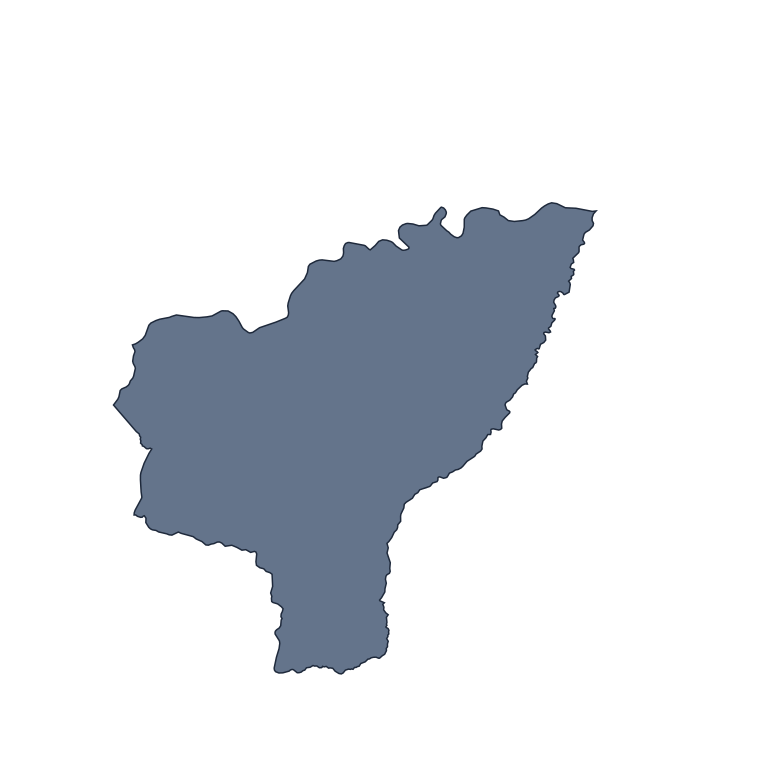 Marsella, Risaralda, Colombia (Albers equal-area conic projection), rotated 48°
{"feature_id": "7082276B48757885087630", "entity_name": "Marsella", "entity_type": "district", "adm_level": 2, "iso_a3": "COL", "parent_name": "Colombia", "parent_adm1": "Risaralda", "projection": "albers", "projection_center": [-75.739, 4.958], "detail": "fine", "context": "isolated", "style": "filled", "palette": "slate", "viewbox_px": 768, "rotation_deg": 48, "n_neighbors": 0, "source": "geoboundaries", "source_scale": "gbopen_adm2", "svg_char_len": 6170}
<svg xmlns="http://www.w3.org/2000/svg" viewBox="0 0 768 768"><g transform="rotate(48 384 384)"><path d="M190.9,498.9L185.8,507.3L184.2,511.1L182.7,516.5L183.0,519.4L188.1,528.9L189.0,533.2L188.5,538.8L187.9,541.8L186.6,544.8L189.4,546.0L191.6,546.4L193.3,547.4L195.5,551.4L198.9,555.5L201.0,556.6L204.5,557.5L206.0,558.3L210.6,564.8L211.5,566.7L212.0,570.5L213.5,573.2L213.9,574.9L213.7,577.6L212.2,582.1L212.3,584.4L216.1,589.5L217.2,592.0L218.6,599.1L253.6,599.9L257.3,599.3L259.0,600.3L260.7,600.4L262.0,602.1L263.5,602.7L265.1,604.5L267.2,604.3L268.3,605.0L269.8,604.2L273.1,603.8L274.3,602.7L275.2,600.7L276.9,600.1L278.3,605.1L282.4,615.3L287.1,623.8L288.7,625.9L292.2,629.1L301.7,636.7L306.0,639.6L306.7,640.6L311.2,653.3L312.6,655.8L314.1,657.4L315.2,656.1L317.3,655.8L320.2,654.1L321.2,652.8L321.1,651.2L321.5,650.3L324.5,650.7L327.6,653.7L333.0,654.7L335.4,654.5L337.4,653.7L340.3,651.4L343.1,650.5L350.0,645.7L352.3,644.6L354.4,642.7L356.4,635.9L359.2,634.7L369.8,627.9L373.4,627.3L379.3,624.7L384.4,624.1L386.3,622.3L387.3,619.6L388.8,617.2L389.9,613.7L391.3,612.0L393.6,611.0L398.3,610.6L402.0,605.0L407.1,602.6L412.4,600.8L414.7,597.5L419.9,595.8L421.7,592.3L423.1,591.6L425.1,592.3L430.4,598.1L433.4,600.1L437.5,599.2L440.8,597.0L444.4,597.0L447.9,595.0L450.5,594.5L459.9,602.2L463.5,608.1L466.7,609.4L468.0,611.1L470.5,613.0L472.1,612.7L476.2,610.2L480.9,609.3L483.5,609.4L485.1,611.8L486.1,614.3L488.0,616.3L490.1,616.7L490.6,618.3L494.5,622.5L495.2,625.1L494.8,628.3L495.0,630.1L495.6,631.1L496.9,632.2L504.9,633.6L507.0,635.0L510.4,639.0L515.1,646.8L521.6,655.7L523.2,656.8L525.2,657.1L528.4,655.5L531.0,652.4L533.9,646.6L533.9,644.9L534.6,643.3L535.6,642.5L540.5,641.7L541.6,640.5L542.7,638.4L542.8,636.1L543.6,634.3L543.0,631.5L545.1,628.4L545.7,625.1L547.0,624.5L548.6,622.6L551.6,621.9L552.9,620.4L553.1,619.7L552.7,618.6L554.2,617.7L555.2,615.9L558.1,615.3L559.0,613.9L561.0,612.3L564.7,612.5L569.0,611.2L570.9,609.7L571.4,607.7L570.8,604.2L572.1,601.2L573.7,599.8L574.0,598.8L575.3,597.9L574.9,595.6L576.0,594.3L576.2,592.9L577.1,591.3L576.2,588.3L577.9,583.8L577.7,580.1L578.6,578.7L578.9,576.7L580.1,574.6L581.7,572.7L584.0,571.6L584.8,570.7L584.8,567.0L585.3,564.4L583.8,560.6L582.0,559.2L581.6,557.2L579.5,555.4L578.0,553.0L575.0,552.4L574.3,550.1L573.2,549.3L573.0,547.7L571.2,546.4L570.3,545.1L568.5,544.6L566.2,545.3L565.7,545.1L565.3,543.3L564.1,542.9L563.2,541.4L559.0,538.3L558.3,535.3L555.3,535.8L551.6,535.4L549.8,533.4L546.9,532.3L546.8,530.1L542.4,532.1L541.6,531.9L541.2,528.9L539.1,522.5L536.9,520.4L533.6,515.6L530.1,513.6L528.2,511.3L527.7,509.5L528.3,506.6L527.4,504.8L524.9,503.1L521.0,498.9L511.6,494.8L508.6,490.5L504.4,488.4L504.3,485.7L503.3,481.0L501.0,475.6L500.8,472.0L499.8,470.0L497.8,467.9L497.2,463.5L493.3,460.1L492.0,458.5L489.4,452.2L486.9,449.4L486.7,446.7L487.9,439.3L486.6,435.0L487.4,431.6L486.5,428.2L490.6,418.9L490.8,417.7L490.1,414.1L492.0,409.9L491.5,408.3L489.7,406.6L489.6,406.0L490.3,404.7L493.9,402.8L495.1,400.6L495.4,399.3L494.0,395.0L495.2,391.8L495.7,388.4L497.1,386.1L497.9,383.0L497.9,380.5L497.0,374.1L498.3,365.9L498.4,364.8L497.7,362.5L498.5,357.1L497.9,354.6L495.7,352.9L492.6,348.7L492.2,344.3L491.0,340.7L492.8,338.6L491.4,336.6L489.8,335.6L489.4,334.6L490.4,332.8L495.0,329.5L495.8,327.7L495.7,326.1L492.4,323.5L490.6,320.9L489.9,316.4L489.5,309.8L488.7,309.0L488.0,309.0L485.7,309.9L484.5,309.7L480.5,308.0L479.6,306.5L479.4,305.1L480.2,301.3L479.6,297.0L478.2,294.4L478.5,292.2L477.5,288.9L477.3,282.3L478.2,279.3L480.0,277.5L477.2,276.3L475.8,273.1L474.3,272.4L471.8,268.8L471.0,264.2L471.3,262.5L469.5,258.3L469.9,257.2L469.6,255.9L466.9,253.2L466.4,251.5L463.4,251.7L463.6,248.6L462.5,248.5L460.3,249.1L459.7,248.8L460.0,246.6L460.4,246.0L461.2,245.8L461.6,245.1L459.2,241.1L460.1,237.5L459.6,234.5L456.3,231.9L453.5,231.7L452.8,230.7L453.4,229.3L456.3,227.1L456.8,225.4L455.9,225.0L453.2,224.9L452.5,224.2L452.8,221.4L450.9,218.4L450.7,214.5L450.2,213.3L449.6,213.3L448.8,214.4L448.1,214.7L446.0,214.0L445.2,212.7L443.6,208.4L441.5,207.3L442.3,205.9L441.7,204.7L440.6,204.0L436.8,203.2L435.4,201.4L434.7,199.0L435.6,196.2L435.6,194.9L435.2,194.5L432.5,194.3L432.0,193.5L432.4,191.9L433.8,190.7L436.1,190.2L437.7,190.5L438.3,190.0L439.6,185.0L434.7,179.0L433.2,178.2L431.1,178.0L431.1,174.1L429.3,172.9L429.7,170.2L429.4,169.5L427.0,167.9L426.8,166.2L425.9,166.0L423.3,167.7L421.9,167.7L420.2,164.5L420.6,161.7L418.3,160.1L416.9,159.6L416.6,151.5L416.0,150.3L412.8,147.5L412.4,146.7L412.4,144.4L413.8,142.0L413.7,140.9L412.8,140.3L409.9,140.1L406.5,135.1L406.1,132.9L407.0,128.3L406.3,122.8L404.8,120.8L401.9,120.0L399.7,118.1L397.7,114.4L397.3,110.6L395.1,113.7L381.9,123.7L374.4,131.3L365.6,134.9L361.5,138.2L360.0,141.6L359.1,145.6L358.7,149.2L358.9,158.4L358.0,165.9L356.9,169.1L355.3,171.7L350.4,178.4L345.7,182.3L340.4,183.1L335.8,184.7L332.0,183.1L326.9,186.0L321.5,190.3L318.6,193.1L313.6,203.8L313.9,209.4L314.6,212.7L315.3,214.1L321.2,219.5L324.9,224.5L325.7,227.3L325.1,230.6L324.1,231.9L321.6,233.3L317.3,234.2L314.5,234.2L312.2,234.8L304.2,235.5L302.8,235.0L300.8,232.2L300.4,231.1L300.6,226.9L299.1,223.8L298.0,222.7L295.7,221.9L293.1,221.9L291.0,223.0L290.8,223.7L291.5,231.6L292.2,234.0L294.0,237.2L294.4,238.7L294.7,245.3L294.4,246.3L289.8,252.2L284.5,255.4L280.5,259.0L279.6,260.3L278.2,263.9L278.1,267.2L279.7,270.6L285.8,274.9L299.0,273.9L299.9,274.9L299.8,276.1L298.7,278.6L297.3,280.5L296.1,281.1L289.7,282.7L284.6,282.9L282.6,283.6L279.0,285.7L275.9,288.6L274.5,292.5L275.2,297.8L275.1,304.5L273.8,305.0L268.9,305.4L267.6,306.0L255.4,315.3L254.6,316.4L253.9,318.6L254.6,321.0L256.1,323.5L259.4,326.2L260.7,327.8L261.5,329.1L262.1,332.5L260.8,336.6L259.5,339.0L250.4,346.9L248.7,349.1L247.2,352.1L245.4,358.9L246.0,361.5L250.0,366.4L252.8,372.7L254.2,388.5L254.8,391.9L255.8,394.4L259.7,401.0L261.6,403.3L267.2,407.2L268.8,409.1L269.6,411.2L269.2,413.2L265.7,422.9L258.9,438.8L257.8,447.0L256.3,449.6L254.8,450.4L249.0,451.6L247.1,451.5L240.3,449.8L234.9,449.0L230.7,449.2L225.4,451.0L221.3,455.3L220.7,456.6L218.4,466.2L215.6,470.7L210.9,477.0L207.4,480.7L193.8,492.1L191.7,496.6L190.9,498.9Z" fill="#64748b" stroke="#1e293b" stroke-width="1.5"/></g></svg>